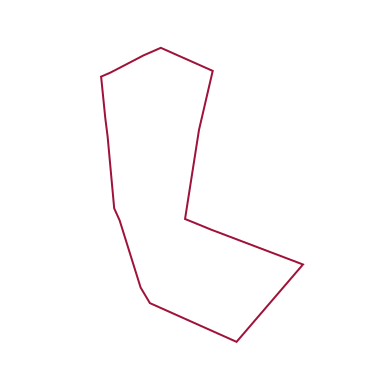 the Region of Jubbada Dhexe, rotated 205°
{"feature_id": "SOM-2315", "entity_name": "Jubbada Dhexe", "entity_type": "Region", "adm_level": 1, "iso_a3": "SOM", "parent_name": "Somalia", "parent_adm1": "", "projection": "natural_earth1", "projection_center": [42.85, 1.13], "detail": "fine", "context": "isolated", "style": "outline", "palette": "rose", "viewbox_px": 384, "rotation_deg": 205, "n_neighbors": 0, "source": "natural_earth", "source_scale": "10m", "svg_char_len": 389}
<svg xmlns="http://www.w3.org/2000/svg" viewBox="0 0 384 384"><g transform="rotate(205 192 192)"><path d="M323.2,258.1L316.5,265.6L293.7,295.3L281.2,309.5L280.5,309.5L224.4,310.5L211.9,251.2L186.9,164.6L158.2,166.0L60.8,173.2L88.3,75.0L183.2,73.5L198.2,83.7L245.6,135.7L255.6,144.3L291.8,206.4L301.8,222.3L322.8,257.6L323.2,258.1Z" fill="none" stroke="#9f1239" stroke-width="2"/></g></svg>